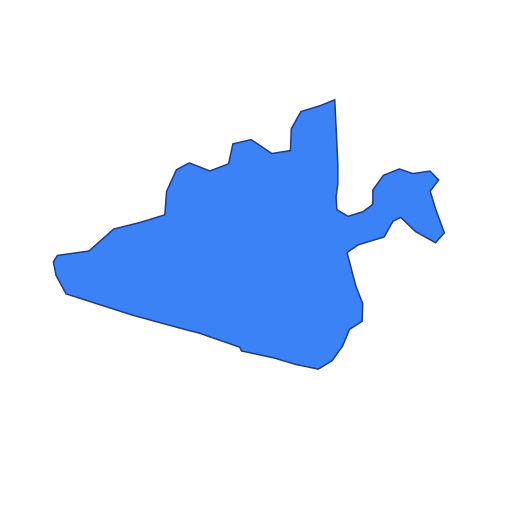 the district of Goyang-si, Gyeonggi, South Korea, rotated 343°
{"feature_id": "91817680B27371207272645", "entity_name": "Goyang-si", "entity_type": "district", "adm_level": 2, "iso_a3": "KOR", "parent_name": "South Korea", "parent_adm1": "Gyeonggi", "projection": "robinson", "projection_center": [126.873, 37.651], "detail": "fine", "context": "isolated", "style": "filled", "palette": "blue", "viewbox_px": 512, "rotation_deg": 343, "n_neighbors": 0, "source": "geoboundaries", "source_scale": "gbopen_adm2", "svg_char_len": 898}
<svg xmlns="http://www.w3.org/2000/svg" viewBox="0 0 512 512"><g transform="rotate(343 256 256)"><path d="M214.4,342.6L243.8,359.0L262.4,371.4L282.5,382.4L298.2,378.3L312.6,367.3L318.6,360.0L324.0,353.5L338.4,349.4L344.1,332.9L342.7,313.6L344.1,279.3L357.0,275.2L384.2,275.2L397.1,262.8L405.7,261.4L415.7,279.3L431.5,295.8L442.9,288.9L441.5,264.2L441.5,244.9L452.9,236.7L450.9,232.8L447.2,225.7L430.0,223.0L418.5,214.7L401.4,216.1L387.0,227.1L382.8,240.8L371.3,244.9L355.5,244.9L346.9,235.3L349.8,223.0L355.5,210.6L361.3,191.4L377.0,129.6L361.2,131.0L341.2,131.0L326.9,144.7L319.7,165.3L301.1,162.6L285.4,143.3L266.7,142.0L256.7,159.8L236.7,161.2L219.5,147.5L205.2,150.2L189.4,168.0L180.8,190.0L155.0,190.0L127.8,188.6L97.7,202.4L66.2,197.4L60.5,202.4L59.1,216.1L63.3,236.7L120.6,276.5L166.4,305.4L177.9,312.3L213.7,338.4L214.4,342.6Z" fill="#3b82f6" stroke="#1e3a8a" stroke-width="1.5"/></g></svg>